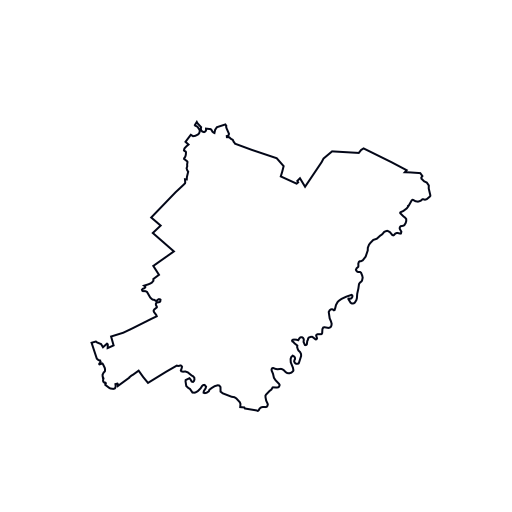 the district of Cornesti, Dâmbovita, Romania, rotated 70°
{"feature_id": "2599482B73260439310991", "entity_name": "Cornesti", "entity_type": "district", "adm_level": 2, "iso_a3": "ROU", "parent_name": "Romania", "parent_adm1": "Dâmbovita", "projection": "orthographic", "projection_center": [25.895, 44.77], "detail": "fine", "context": "isolated", "style": "outline", "palette": "ink", "viewbox_px": 512, "rotation_deg": 70, "n_neighbors": 0, "source": "geoboundaries", "source_scale": "gbopen_adm2", "svg_char_len": 6135}
<svg xmlns="http://www.w3.org/2000/svg" viewBox="0 0 512 512"><g transform="rotate(70 256 256)"><path d="M338.3,400.9L334.0,379.9L331.9,367.9L332.6,367.0L332.9,366.2L333.0,364.4L333.6,363.7L334.8,363.4L336.4,364.5L337.9,365.8L338.8,365.6L339.8,364.1L340.3,362.0L342.0,359.9L346.5,357.2L347.4,356.3L349.2,355.6L351.0,356.1L352.2,357.0L352.8,358.3L352.0,359.4L349.9,359.7L348.1,360.3L348.5,364.5L349.7,365.1L354.3,366.0L356.6,364.9L358.4,363.5L362.6,362.4L363.5,360.3L363.4,358.5L363.0,356.7L361.4,353.3L359.7,351.1L359.2,349.6L359.6,348.4L361.7,347.6L363.1,348.6L365.0,351.1L366.2,351.9L366.6,352.0L367.4,350.9L367.6,349.1L367.0,346.6L365.8,345.6L364.9,342.9L364.2,339.4L364.4,336.1L365.2,334.8L367.0,334.2L371.3,335.7L373.7,334.2L379.9,327.1L381.3,324.6L383.1,323.2L387.9,321.2L389.7,321.2L392.6,322.5L394.3,318.8L395.5,318.6L401.3,308.3L402.2,307.3L401.8,306.1L400.6,304.8L400.0,302.9L400.2,301.3L401.2,298.7L401.4,297.6L400.8,296.6L399.6,295.7L398.8,295.6L395.4,295.9L392.1,295.4L390.5,294.9L389.7,294.0L387.4,289.3L386.8,287.3L385.2,285.3L385.3,284.8L386.6,281.8L387.0,280.3L386.7,279.1L385.6,278.1L385.1,277.9L384.0,278.1L379.5,280.1L376.6,280.8L372.4,280.3L369.1,280.5L367.8,280.1L367.1,279.4L367.0,278.7L367.1,278.2L368.7,276.4L369.8,274.5L370.5,271.5L371.0,270.5L372.5,269.1L375.3,267.8L376.7,266.7L377.6,264.9L377.7,262.6L376.8,260.4L376.1,259.9L373.6,259.5L367.8,259.7L364.6,258.7L363.0,257.4L362.2,255.6L363.7,254.4L365.2,254.2L366.2,254.6L367.0,255.5L368.1,256.2L369.5,256.1L370.6,255.6L371.3,254.5L371.6,252.9L371.2,252.3L365.4,247.8L363.5,247.2L361.4,247.4L359.4,248.4L357.9,248.6L355.6,248.5L354.3,247.8L351.2,249.7L349.6,250.3L348.8,251.0L348.0,251.1L347.5,250.7L347.3,249.8L347.7,248.4L348.4,246.8L349.6,245.1L348.2,243.4L347.7,242.3L347.7,241.5L348.2,240.4L349.1,239.8L350.4,239.6L351.2,239.8L353.0,240.7L356.3,240.5L356.7,239.9L356.7,239.0L356.3,238.4L353.4,236.9L352.5,235.9L351.2,235.1L350.7,234.2L350.7,232.3L351.1,230.9L352.0,230.2L354.5,228.7L354.9,228.3L354.9,227.6L354.2,226.8L351.4,226.7L351.0,226.5L350.6,225.5L350.6,224.8L351.8,221.3L351.6,220.7L350.9,220.1L347.4,218.6L346.2,217.3L346.3,216.1L348.4,212.5L348.5,211.1L348.1,209.8L347.1,208.9L345.6,208.1L343.0,207.9L339.8,208.1L333.5,206.8L332.2,205.3L331.8,204.0L331.9,203.2L332.3,202.3L332.8,201.9L333.6,201.5L333.7,200.7L332.1,199.4L329.4,197.6L327.2,195.1L326.5,193.7L325.8,191.3L325.5,189.8L325.1,185.1L325.2,179.5L326.0,179.0L326.6,179.1L327.3,179.4L328.0,180.2L328.4,181.0L328.5,181.6L327.7,183.6L327.9,183.9L328.3,183.9L332.2,183.1L333.1,182.5L333.5,182.0L333.8,181.0L333.9,180.2L333.6,179.1L331.8,176.8L330.1,175.6L326.1,173.8L321.7,171.0L317.6,168.8L316.6,167.5L316.0,165.7L315.4,164.8L312.9,163.2L310.9,162.9L307.7,163.0L306.6,163.7L305.9,165.6L305.4,166.2L303.9,166.8L303.1,166.8L301.9,165.6L301.2,163.7L300.4,163.2L298.2,162.5L296.8,161.4L296.4,160.5L296.8,159.3L296.6,157.2L294.1,153.2L289.0,149.1L286.5,148.1L284.0,145.9L282.8,144.0L281.0,140.3L281.1,136.6L279.3,132.2L279.0,130.7L278.5,129.5L277.2,127.3L277.1,125.9L277.2,124.1L277.9,123.3L279.4,122.0L283.0,120.7L283.6,119.8L283.5,119.2L282.6,117.5L282.5,116.1L282.7,115.2L284.3,112.8L284.4,112.1L282.9,111.1L280.0,111.6L279.0,111.5L278.1,110.9L277.5,109.9L277.9,107.5L277.8,106.1L276.1,104.0L274.4,102.8L272.6,102.2L270.9,102.8L269.2,103.9L265.2,105.8L264.5,105.6L264.3,105.2L264.1,102.2L262.8,98.0L261.4,95.9L260.9,95.9L260.7,95.0L257.1,90.8L256.7,89.8L257.1,89.1L259.0,87.5L260.3,85.3L260.4,84.2L260.4,82.3L259.7,80.5L259.7,79.7L260.9,78.0L261.0,76.1L259.6,72.3L259.1,71.6L258.4,71.4L251.6,70.6L248.8,69.5L245.4,70.4L243.3,72.5L239.9,74.1L238.8,73.8L237.8,72.3L234.3,73.3L230.2,82.5L228.2,87.5L226.9,85.1L214.2,96.6L191.7,118.1L192.3,120.9L194.3,124.2L183.7,148.7L187.5,159.2L190.3,162.3L207.7,186.2L198.0,188.1L199.6,191.5L201.2,191.2L201.9,193.1L189.7,205.5L185.7,202.5L181.0,199.3L171.2,203.1L154.8,223.7L143.3,237.3L141.7,237.6L141.3,237.9L138.9,238.1L137.3,239.5L135.3,240.5L134.4,242.7L133.3,242.4L133.5,241.4L133.0,240.4L132.0,239.6L126.0,240.0L124.4,239.9L123.6,239.4L121.9,239.8L121.6,248.7L123.4,251.2L126.2,253.0L125.5,253.7L124.3,254.4L122.4,254.7L121.3,255.2L119.2,259.4L120.7,259.9L121.5,260.8L121.8,261.8L121.8,262.5L120.7,263.9L119.0,264.6L117.0,264.1L116.2,263.5L111.2,265.6L109.8,265.8L112.1,268.7L112.8,268.5L113.8,267.4L114.6,266.8L117.2,266.1L118.2,265.9L119.4,266.1L120.6,266.9L121.4,267.7L122.0,269.1L122.3,272.0L121.9,274.2L119.8,275.8L124.6,283.2L128.2,281.3L129.1,283.8L130.3,286.2L130.9,286.8L132.2,287.6L133.0,287.2L133.4,286.6L133.9,286.3L134.8,286.4L136.8,287.3L138.1,288.2L139.0,289.1L139.4,289.9L140.1,290.4L143.5,288.3L144.2,288.2L146.6,289.5L148.1,289.9L149.8,291.2L152.0,291.3L153.6,290.9L158.1,293.9L160.4,294.9L159.6,296.5L162.5,297.3L163.4,297.8L164.3,299.7L168.5,309.6L184.0,341.3L194.8,335.2L199.1,345.1L223.6,331.6L230.2,355.9L240.5,353.6L242.5,360.3L244.2,360.9L245.4,363.0L245.7,364.8L245.8,366.9L245.6,371.3L246.8,370.5L247.6,370.8L248.1,372.0L248.1,373.6L248.7,374.7L249.8,374.7L250.3,374.3L251.3,371.8L252.5,370.7L258.8,369.6L260.9,368.6L261.9,367.7L262.4,366.6L263.9,365.5L264.0,364.9L264.0,364.4L263.6,363.5L263.3,362.2L263.8,361.1L264.4,360.7L265.9,361.5L266.3,362.3L265.9,364.9L265.9,365.6L266.3,366.1L266.8,366.5L267.5,366.7L268.4,366.8L269.5,366.5L270.4,366.8L271.4,369.8L272.1,370.7L272.6,371.0L273.9,371.0L277.4,369.9L278.7,369.9L279.3,376.1L281.7,396.6L282.7,407.0L282.1,419.7L291.3,420.4L291.8,426.7L291.8,426.9L288.7,425.6L287.7,425.7L287.4,426.0L289.4,431.0L285.8,431.7L282.9,434.9L281.6,435.7L281.3,440.2L298.0,440.7L300.0,439.6L300.9,438.2L301.7,438.4L302.5,438.2L303.0,438.6L303.2,439.5L303.7,440.2L304.1,440.3L304.3,440.2L304.5,437.1L305.5,436.8L309.4,436.4L310.8,436.6L312.5,437.3L313.0,438.0L313.3,438.9L315.1,440.8L316.7,441.3L318.5,441.2L318.5,441.6L319.6,441.7L320.7,442.3L321.8,442.5L323.2,441.8L323.2,441.2L323.7,440.7L324.4,440.7L325.1,441.5L325.6,441.7L329.9,438.9L330.7,438.1L332.1,435.5L332.2,434.1L331.9,433.5L330.5,432.4L328.3,431.9L328.5,429.8L328.8,429.7L330.9,430.2L327.0,416.7L326.7,416.5L325.8,414.0L325.5,412.2L323.6,405.5L331.2,403.4L338.3,400.9Z" fill="none" stroke="#020617" stroke-width="2"/></g></svg>